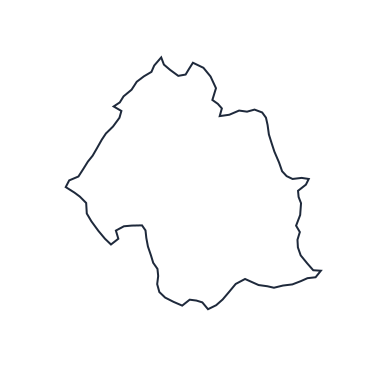 the district of Itaquaquecetuba, São Paulo, Brazil, rotated 62°
{"feature_id": "56859067B72573583374098", "entity_name": "Itaquaquecetuba", "entity_type": "district", "adm_level": 2, "iso_a3": "BRA", "parent_name": "Brazil", "parent_adm1": "São Paulo", "projection": "orthographic", "projection_center": [-46.334, -23.463], "detail": "fine", "context": "isolated", "style": "outline", "palette": "slate", "viewbox_px": 384, "rotation_deg": 62, "n_neighbors": 0, "source": "geoboundaries", "source_scale": "gbopen_adm2", "svg_char_len": 1405}
<svg xmlns="http://www.w3.org/2000/svg" viewBox="0 0 384 384"><g transform="rotate(62 192 192)"><path d="M132.2,126.4L126.3,127.8L120.3,130.8L111.6,122.1L98.7,121.4L87.7,123.6L78.3,130.5L82.0,137.0L85.3,142.5L83.0,149.6L73.9,154.0L66.3,157.0L58.7,156.0L62.6,166.0L66.9,171.4L67.3,180.2L68.7,189.0L73.3,197.3L75.4,207.5L79.0,213.7L79.7,221.0L87.3,216.3L92.4,221.2L97.1,231.0L99.9,240.5L103.4,247.0L109.0,255.8L113.3,262.7L116.3,269.7L120.7,277.3L125.0,285.0L124.1,295.0L128.4,301.2L137.3,296.1L143.4,293.2L152.0,290.6L161.6,295.0L170.7,294.6L182.4,292.9L192.4,290.8L200.3,288.2L198.7,279.0L190.3,277.3L190.3,268.2L193.4,260.9L198.0,251.8L204.1,251.1L211.1,253.9L219.4,256.5L228.7,258.0L236.3,259.5L243.7,258.6L250.3,261.3L257.0,266.0L265.0,267.8L272.6,265.3L280.3,259.9L287.7,254.0L286.0,244.6L289.9,239.1L294.3,234.7L303.0,232.9L303.3,223.8L301.3,215.4L297.6,206.1L293.7,196.6L293.7,186.0L305.4,176.9L310.6,169.7L315.0,164.6L317.3,155.6L320.7,146.8L321.8,137.7L322.3,130.5L325.3,122.9L322.0,115.2L318.0,121.7L309.0,123.8L299.0,125.8L290.6,124.5L283.7,121.3L278.0,115.6L270.6,115.9L263.1,107.3L253.1,101.0L246.4,100.2L240.7,97.8L239.0,88.0L235.3,82.8L231.0,88.6L227.7,97.1L222.4,101.0L216.0,102.7L206.9,101.3L195.0,100.3L186.4,98.8L177.3,97.1L168.3,93.8L161.1,91.8L154.7,92.7L148.6,98.1L146.9,105.7L142.2,112.2L141.3,122.8L138.0,131.9L132.2,126.4Z" fill="none" stroke="#1e293b" stroke-width="2"/></g></svg>